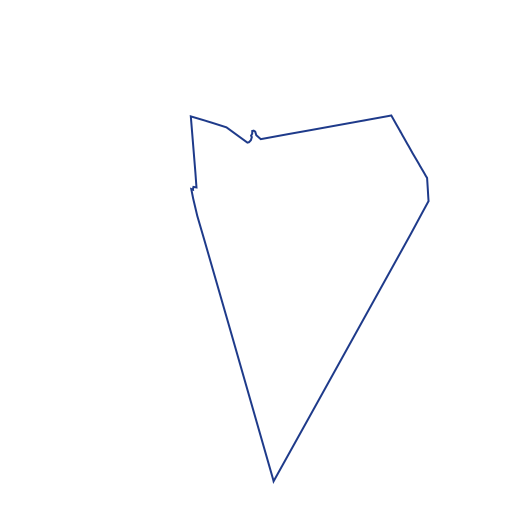 Ad Dabbah, Northern, Sudan (Natural Earth projection), rotated 299°
{"feature_id": "16777658B45906237385518", "entity_name": "Ad Dabbah", "entity_type": "district", "adm_level": 2, "iso_a3": "SDN", "parent_name": "Sudan", "parent_adm1": "Northern", "projection": "natural_earth1", "projection_center": [31.506, 17.537], "detail": "fine", "context": "isolated", "style": "outline", "palette": "blue", "viewbox_px": 512, "rotation_deg": 299, "n_neighbors": 0, "source": "geoboundaries", "source_scale": "gbopen_adm2", "svg_char_len": 1148}
<svg xmlns="http://www.w3.org/2000/svg" viewBox="0 0 512 512"><g transform="rotate(299 256 256)"><path d="M444.5,306.2L442.4,303.7L392.7,242.9L378.4,225.3L360.5,203.5L361.8,197.7L364.4,195.0L364.5,193.2L363.5,192.1L362.5,192.7L361.1,193.4L358.8,193.4L358.0,194.7L354.8,195.4L352.1,194.7L351.0,193.5L354.2,167.8L351.6,154.8L349.1,143.0L346.5,131.3L299.5,162.6L287.1,170.7L286.1,167.8L283.9,168.4L283.5,168.7L283.2,166.9L276.0,173.0L262.6,185.2L244.6,203.4L178.4,269.8L147.8,300.4L68.5,379.7L67.5,380.6L141.1,380.7L165.9,380.7L217.9,380.7L251.8,380.7L306.0,380.7L314.0,380.7L322.6,380.7L349.6,380.7L358.5,380.6L375.0,380.4L387.7,380.3L387.8,380.2L390.9,378.2L396.9,374.4L406.9,368.0L407.3,367.7L407.6,367.2L407.8,366.7L408.0,366.3L408.1,366.2L408.7,365.1L408.9,364.9L409.0,364.7L409.8,363.4L411.3,360.9L412.5,358.8L413.9,356.5L414.0,356.2L415.3,354.2L418.2,349.3L421.3,344.0L422.0,342.8L422.8,341.6L423.0,341.2L423.4,340.6L426.5,335.6L427.1,334.5L431.3,327.7L432.3,326.0L434.1,323.2L434.3,322.8L434.7,322.2L434.8,322.0L434.8,321.9L435.0,321.8L435.0,321.7L437.2,318.1L439.0,315.1L444.5,306.2Z" fill="none" stroke="#1e3a8a" stroke-width="2"/></g></svg>